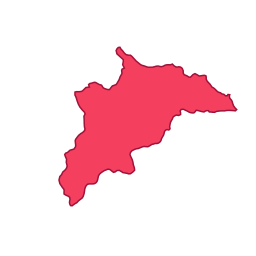 Divisópolis, Minas Gerais, Brazil (Natural Earth projection), rotated 315°
{"feature_id": "56859067B65548634153592", "entity_name": "Divisópolis", "entity_type": "district", "adm_level": 2, "iso_a3": "BRA", "parent_name": "Brazil", "parent_adm1": "Minas Gerais", "projection": "natural_earth1", "projection_center": [-40.905, -15.77], "detail": "fine", "context": "isolated", "style": "filled", "palette": "rose", "viewbox_px": 256, "rotation_deg": 315, "n_neighbors": 0, "source": "geoboundaries", "source_scale": "gbopen_adm2", "svg_char_len": 3631}
<svg xmlns="http://www.w3.org/2000/svg" viewBox="0 0 256 256"><g transform="rotate(315 128 128)"><path d="M36.1,129.5L36.6,131.5L37.1,132.9L37.7,134.3L37.6,136.0L36.6,137.4L35.3,138.2L34.0,139.2L33.1,140.5L32.5,142.2L33.5,143.5L35.3,143.7L37.4,144.1L38.8,144.6L41.3,144.5L43.2,144.7L44.5,144.9L46.0,145.1L47.6,144.8L48.9,144.2L50.7,143.2L52.6,141.9L54.4,140.5L56.1,139.7L57.7,139.2L59.7,139.2L61.5,140.5L62.7,141.8L63.9,142.9L65.0,143.7L67.0,144.1L68.8,143.7L70.3,142.9L71.8,141.9L73.4,140.9L75.6,140.5L77.9,140.7L79.9,141.1L81.7,141.6L83.2,142.3L84.7,142.9L85.9,144.7L86.1,146.9L86.4,149.1L88.0,150.0L90.0,150.2L91.8,151.7L92.4,153.7L92.9,156.0L93.9,157.4L95.1,159.1L96.1,161.0L97.5,162.1L98.8,162.3L100.8,162.6L102.9,162.5L104.3,160.7L105.0,159.3L105.9,157.6L107.4,155.5L108.4,153.8L109.1,152.0L109.7,150.3L110.5,148.3L111.9,147.3L113.2,147.0L114.7,146.9L116.7,147.5L118.9,148.4L120.8,149.8L122.9,150.7L124.5,151.3L126.3,152.4L127.7,154.1L128.8,155.3L130.3,155.8L131.9,156.2L133.5,156.5L134.6,157.4L136.1,158.0L137.6,159.5L138.9,160.2L140.3,160.5L142.2,160.3L144.1,159.3L146.0,158.7L147.8,158.3L149.6,157.4L151.4,156.3L153.2,156.1L154.5,156.8L155.5,158.3L157.1,158.3L158.4,156.5L160.5,155.0L162.5,153.9L164.2,153.4L166.0,152.9L167.7,152.1L169.6,152.4L171.4,153.1L172.6,154.9L174.7,155.7L175.9,154.5L176.9,152.8L178.8,152.5L180.5,154.0L181.1,155.9L181.8,157.7L182.4,159.9L183.2,161.6L184.3,163.0L185.3,163.9L187.0,164.0L188.8,163.7L190.0,165.4L191.1,167.4L192.0,168.9L193.1,170.4L195.0,170.8L196.1,171.6L197.1,172.6L196.8,174.1L197.9,175.3L199.1,176.8L200.4,178.2L202.0,178.7L203.1,179.4L204.5,180.5L205.8,181.6L206.8,182.5L208.1,183.9L209.6,185.0L210.9,186.0L212.1,187.2L213.2,188.4L214.6,190.0L216.1,191.8L217.9,191.8L217.9,189.5L218.3,187.1L219.3,184.8L220.3,183.1L220.9,181.4L221.0,178.9L222.2,177.2L223.5,176.4L222.4,175.0L221.0,175.3L219.7,174.2L219.6,172.0L218.5,170.3L218.3,168.4L217.2,166.5L217.0,164.7L217.0,163.2L217.0,161.6L216.8,160.0L216.3,158.4L216.7,156.6L217.0,154.5L217.0,152.4L217.2,150.4L217.9,148.7L219.1,147.5L220.0,146.3L219.4,144.9L218.4,144.0L217.0,143.0L215.1,141.6L214.5,139.1L213.8,136.9L211.7,136.2L209.6,136.2L208.0,136.2L207.0,134.9L206.7,133.2L206.2,131.8L205.4,130.1L205.8,128.4L207.6,126.4L208.5,124.1L208.3,122.2L207.3,120.7L205.8,119.7L205.0,118.5L204.5,116.4L204.6,114.2L202.5,113.2L201.2,111.7L199.5,110.3L198.1,109.6L196.8,109.3L195.3,108.5L194.1,107.2L193.4,105.8L192.4,104.8L191.2,104.0L189.8,103.2L188.4,102.4L187.0,101.0L185.8,99.9L184.8,98.7L184.1,97.1L183.2,95.3L182.2,93.5L181.7,92.1L181.5,90.3L181.3,88.2L181.1,86.4L181.2,84.6L181.3,82.4L181.4,80.1L181.2,78.3L179.7,76.7L178.6,74.8L178.4,73.0L178.5,71.4L178.8,69.8L178.8,67.3L179.4,65.2L178.1,64.2L176.3,64.2L174.4,64.8L172.6,67.7L173.0,76.3L171.6,77.7L169.0,79.5L167.8,83.1L165.4,82.2L164.2,82.8L162.3,85.2L158.7,86.2L156.0,87.5L154.2,88.0L152.4,88.5L150.3,88.9L146.7,87.2L144.5,87.4L142.1,87.8L140.6,86.1L139.3,83.5L138.9,82.0L139.6,79.0L138.4,76.9L137.3,72.9L136.4,71.8L134.2,70.7L132.6,69.6L130.9,69.4L129.6,71.7L126.9,69.6L122.3,69.6L121.1,69.3L119.4,68.0L117.2,65.8L115.9,65.1L113.8,67.2L113.0,69.5L111.1,73.1L109.8,75.9L108.8,79.2L108.4,83.0L108.4,86.0L107.6,87.7L105.2,88.5L102.9,91.1L100.3,93.8L97.9,96.5L97.1,98.0L95.7,99.1L92.6,99.1L90.9,98.6L87.9,98.3L85.4,98.6L82.9,99.0L81.6,99.7L78.9,103.1L77.6,104.2L74.9,104.7L71.3,102.7L67.8,102.5L66.1,101.7L64.5,102.0L63.6,103.7L62.5,106.6L60.1,108.6L58.1,111.9L55.8,113.0L54.2,113.2L52.8,113.2L51.0,113.0L49.7,113.4L48.1,114.0L45.5,114.1L42.4,116.0L40.5,119.1L39.6,123.4L39.3,126.0L38.5,127.2L37.4,128.1L36.1,129.5Z" fill="#f43f5e" stroke="#9f1239" stroke-width="1.5"/></g></svg>